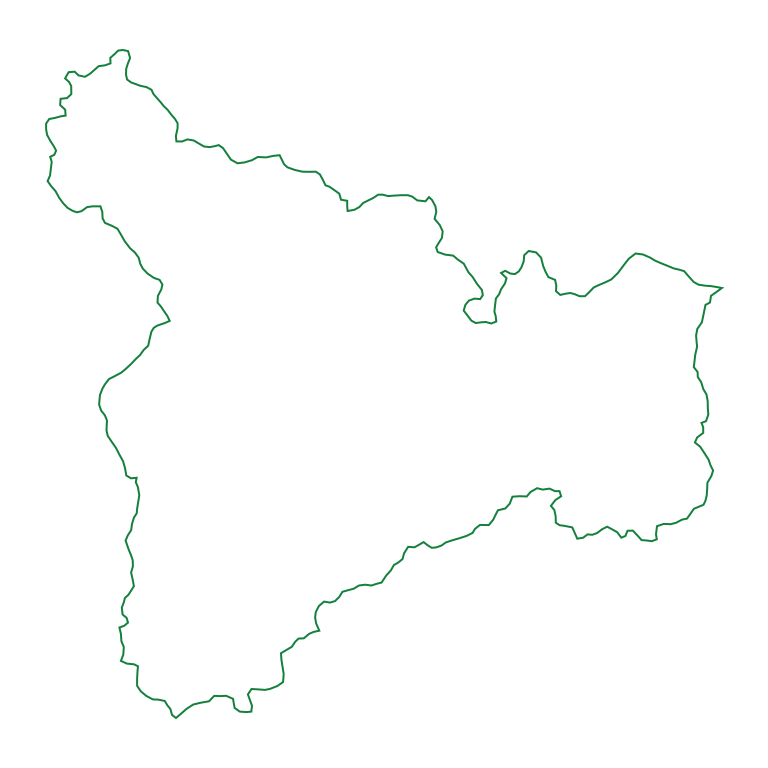 Potiraguá, Bahia, Brazil
{"feature_id": "56859067B74101870716105", "entity_name": "Potiraguá", "entity_type": "district", "adm_level": 2, "iso_a3": "BRA", "parent_name": "Brazil", "parent_adm1": "Bahia", "projection": "albers", "projection_center": [-39.772, -15.676], "detail": "fine", "context": "isolated", "style": "outline", "palette": "green", "viewbox_px": 768, "rotation_deg": 0, "n_neighbors": 0, "source": "geoboundaries", "source_scale": "gbopen_adm2", "svg_char_len": 5717}
<svg xmlns="http://www.w3.org/2000/svg" viewBox="0 0 768 768"><path d="M623.8,265.1L617.9,273.0L611.2,279.5L605.2,282.4L599.2,284.9L593.8,287.4L589.0,292.4L585.0,296.2L579.5,296.2L574.8,294.2L570.3,293.0L565.8,293.7L560.3,294.9L556.0,291.2L556.3,285.6L555.1,279.9L548.4,277.1L545.6,271.9L543.2,266.1L541.1,257.7L536.1,252.4L528.7,251.0L524.2,255.2L523.7,261.4L521.5,267.2L518.8,271.4L514.9,274.1L510.2,273.5L505.2,270.8L501.1,273.0L506.5,278.1L505.0,283.4L501.1,289.2L499.2,294.1L495.9,298.5L495.0,305.8L494.4,311.7L495.7,316.0L496.3,321.5L491.3,323.5L485.7,322.0L481.3,322.3L475.7,323.0L471.4,320.7L467.4,315.4L463.7,310.6L465.4,304.8L468.8,300.7L474.5,298.6L480.1,299.1L482.8,295.2L481.9,290.0L476.9,283.7L472.7,277.1L468.4,272.2L463.8,263.7L457.9,259.6L453.1,255.6L445.1,254.6L437.7,252.0L436.1,247.3L438.7,243.0L441.9,237.9L442.7,231.4L439.8,225.1L434.6,218.9L436.3,211.7L435.4,206.3L432.2,200.2L429.0,197.1L425.5,201.3L417.3,200.4L412.2,196.6L407.9,195.2L401.5,195.2L394.2,195.6L388.3,196.1L382.7,194.7L378.2,194.7L373.0,198.1L368.1,200.5L363.1,203.0L359.3,207.1L354.3,209.8L347.6,211.0L347.2,206.2L347.2,200.8L341.0,199.7L339.3,193.7L334.6,190.3L329.6,186.8L325.5,185.3L322.9,179.9L319.9,174.4L315.8,171.7L309.4,171.8L302.6,171.7L295.0,170.0L287.4,167.3L284.1,164.3L279.6,155.2L273.2,155.9L266.1,157.4L257.7,157.0L252.0,160.2L244.6,162.4L237.5,163.3L230.9,159.6L226.4,153.0L223.0,148.1L218.7,145.1L214.2,146.3L209.7,147.1L204.0,146.5L198.1,143.1L193.8,140.5L187.4,139.4L182.1,141.5L176.4,141.4L175.9,136.0L177.6,128.1L177.6,123.2L175.0,119.0L171.0,114.3L167.6,109.8L163.8,106.2L160.8,102.4L157.3,98.5L153.5,94.1L151.5,89.8L146.5,87.1L140.0,85.7L135.5,84.0L131.2,82.5L127.1,79.5L126.0,74.6L126.2,68.9L127.8,63.7L130.1,58.0L128.1,51.1L122.9,50.0L118.1,50.6L114.8,53.9L110.3,57.8L110.5,63.4L105.1,65.3L98.6,66.2L93.4,70.8L90.0,73.8L84.9,76.8L78.5,75.4L74.7,71.7L68.6,72.2L65.1,78.4L69.1,82.0L71.2,86.0L71.3,94.1L67.0,98.1L60.6,98.8L60.1,105.0L65.2,109.7L65.6,115.6L60.9,116.3L55.0,117.9L49.2,119.0L46.1,123.6L46.1,129.2L47.1,134.9L50.0,140.3L54.0,146.6L56.1,150.6L54.3,154.8L50.2,156.8L51.7,161.9L50.9,168.5L50.0,175.6L47.6,181.1L51.2,186.2L55.5,191.1L59.2,197.8L63.1,203.2L67.6,207.9L72.6,210.8L76.9,212.3L81.6,211.1L87.1,207.1L92.8,206.3L100.4,206.3L102.3,211.8L102.6,218.4L105.0,222.9L112.1,225.9L117.5,228.8L120.6,234.0L124.7,241.2L130.1,248.3L134.9,252.5L138.7,257.7L140.3,263.9L142.8,268.6L147.5,273.5L153.9,277.9L159.6,279.9L162.4,284.5L161.3,289.4L157.9,295.9L157.5,302.6L160.9,306.5L163.7,310.7L167.3,315.9L169.7,320.9L164.7,323.1L157.5,325.5L153.8,327.8L151.4,331.7L149.7,338.6L148.2,345.7L143.7,349.9L140.0,355.1L136.4,358.4L130.3,364.7L125.2,369.4L121.2,372.7L114.8,376.1L108.9,379.1L104.8,384.5L102.4,388.7L100.0,394.9L99.1,404.6L101.2,410.7L104.9,415.3L107.0,420.6L106.7,425.7L106.5,430.4L107.7,435.8L112.0,442.2L115.8,447.6L119.6,455.0L123.1,461.3L125.1,468.4L126.3,475.5L131.0,478.3L136.6,477.8L135.8,482.2L137.9,487.1L139.3,495.3L138.1,502.7L137.2,508.2L136.7,513.3L133.9,517.7L132.0,523.9L131.2,530.1L127.9,535.2L125.6,540.5L127.4,545.9L128.9,550.1L130.9,554.8L132.7,560.2L132.9,566.4L131.1,572.5L132.7,579.6L133.9,586.2L131.3,590.3L128.5,594.7L124.9,598.0L123.8,602.4L121.8,607.6L122.6,614.5L126.6,617.9L128.0,622.6L124.2,625.8L119.4,627.5L120.9,633.8L121.4,641.2L123.8,647.0L123.3,654.7L120.9,660.9L126.9,663.6L134.0,664.3L138.0,666.3L137.5,671.5L137.1,678.6L137.1,685.8L140.9,691.4L146.3,695.9L152.8,699.4L158.2,699.6L164.8,701.0L167.2,705.1L170.4,709.0L172.0,714.9L176.0,718.0L180.8,713.9L186.5,708.9L193.3,704.5L200.9,702.7L209.0,701.3L214.2,695.9L220.6,696.1L226.1,695.8L233.0,698.8L234.6,707.9L239.8,711.6L246.3,712.1L251.3,711.6L252.0,705.7L249.8,699.7L247.9,694.4L251.5,689.0L258.4,689.4L265.0,689.9L270.0,688.9L277.4,686.0L283.1,682.0L283.7,673.9L282.6,667.2L281.4,659.5L281.0,653.2L285.7,650.4L291.8,646.8L295.2,641.8L298.5,638.6L303.9,638.3L309.0,633.9L313.7,631.9L319.3,630.7L316.1,623.3L315.1,617.4L315.8,612.0L318.9,606.0L324.1,601.6L330.0,602.6L335.0,601.1L339.3,596.9L342.4,591.8L348.1,590.2L353.7,588.7L359.0,585.5L365.1,584.7L371.6,585.5L376.6,583.8L381.5,582.6L386.3,575.4L390.8,570.5L393.9,565.0L397.9,562.8L402.5,559.1L404.1,553.2L408.2,546.8L414.5,547.3L419.3,544.6L423.6,542.1L427.4,545.1L431.7,547.8L436.2,547.4L441.4,545.6L445.9,542.4L452.3,540.3L459.5,538.2L466.6,535.9L472.6,532.9L474.9,529.0L480.0,524.9L488.8,525.1L493.2,519.7L495.5,515.0L497.9,510.3L505.3,508.5L509.8,503.6L512.4,496.7L519.6,496.2L526.7,496.5L530.5,492.0L537.1,488.2L542.8,489.6L549.5,488.6L554.9,491.1L559.5,491.1L561.1,496.3L555.4,500.0L550.9,505.9L554.3,509.9L555.7,516.5L555.8,522.7L559.6,525.2L564.7,525.9L572.3,527.4L575.3,534.2L577.3,538.7L583.2,537.7L587.5,534.4L592.2,534.8L597.0,533.1L602.2,529.2L607.2,526.7L611.3,528.9L617.2,532.2L621.3,537.7L625.4,536.0L627.5,530.8L632.8,530.6L637.3,535.3L641.6,540.1L646.9,540.5L651.8,541.2L656.8,539.3L656.0,534.3L657.0,526.2L663.7,523.9L670.6,524.2L676.0,522.8L682.1,519.6L687.0,518.6L690.0,514.4L693.9,508.8L698.6,506.8L703.5,504.8L705.5,500.6L706.7,495.6L707.2,488.5L707.4,482.8L711.4,475.9L713.1,470.5L710.5,465.3L708.6,459.7L704.6,453.4L700.1,446.6L694.9,442.5L697.2,437.4L703.2,432.9L703.2,427.3L701.5,422.9L706.0,421.2L708.3,414.7L707.8,408.0L707.7,401.1L706.5,394.5L703.3,389.1L701.2,382.2L697.8,377.0L697.6,372.0L693.8,367.1L694.5,361.2L695.2,355.0L697.1,346.6L696.6,342.0L696.1,335.5L697.3,328.9L701.9,322.3L703.8,313.1L705.5,304.9L710.0,302.5L711.0,295.8L716.6,291.9L721.9,288.0L716.6,287.0L710.9,286.1L705.3,285.7L698.6,284.7L693.7,282.0L689.2,277.0L684.1,271.1L678.9,269.6L673.7,268.4L667.7,265.9L660.2,262.9L655.2,260.7L649.9,257.5L643.0,254.5L635.6,253.5L628.8,258.7L623.8,265.1Z" fill="none" stroke="#15803d" stroke-width="2"/></svg>